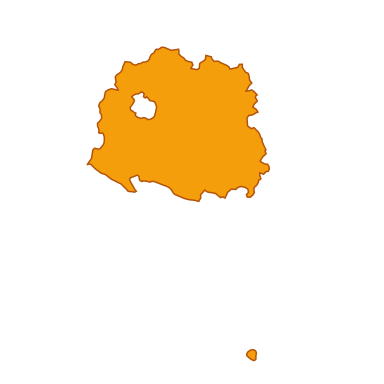 the border of North Gyeongsang, rotated 110°
{"feature_id": "KOR-2509", "entity_name": "North Gyeongsang", "entity_type": "Metropolitan City", "adm_level": 1, "iso_a3": "KOR", "parent_name": "South Korea", "parent_adm1": "", "projection": "equal_earth", "projection_center": [128.783, 36.538], "detail": "fine", "context": "isolated", "style": "filled", "palette": "amber", "viewbox_px": 384, "rotation_deg": 110, "n_neighbors": 0, "source": "natural_earth", "source_scale": "10m", "svg_char_len": 3848}
<svg xmlns="http://www.w3.org/2000/svg" viewBox="0 0 384 384"><g transform="rotate(110 192 192)"><path d="M198.5,182.4L198.5,182.6L199.0,187.2L200.2,192.0L200.7,196.8L200.2,206.7L199.6,208.8L196.9,212.3L195.9,214.3L195.4,216.6L195.1,230.7L195.4,232.6L195.9,233.7L196.5,234.1L197.0,234.7L197.5,238.7L198.2,241.7L198.9,242.2L199.3,242.9L199.0,244.7L198.3,245.7L197.4,246.2L196.5,246.5L195.1,247.8L195.0,249.4L196.8,251.3L198.2,252.9L199.6,254.7L201.4,255.0L203.6,253.1L209.2,246.6L210.3,244.6L211.8,245.9L212.1,247.9L212.7,250.0L213.2,252.3L211.8,254.6L208.7,261.4L208.4,264.4L207.5,272.4L205.2,279.4L205.4,283.7L203.1,291.3L201.3,294.9L200.6,296.8L201.3,298.9L202.0,299.7L201.9,299.8L194.9,297.9L186.7,299.5L185.2,299.1L184.1,298.3L183.9,296.7L183.9,294.9L183.1,293.5L179.9,292.1L176.9,291.4L173.9,291.9L170.1,293.3L167.2,295.8L167.7,297.4L168.5,298.9L168.0,300.1L166.6,300.1L164.3,301.5L162.2,303.4L159.7,304.3L157.1,303.0L153.7,302.1L150.5,303.5L149.5,304.9L148.3,306.0L147.0,306.2L145.7,306.7L142.9,309.2L139.6,309.1L136.8,307.5L133.9,306.6L130.6,307.2L127.4,307.6L124.6,305.7L122.4,302.8L121.7,296.3L119.6,298.0L117.5,301.3L115.0,300.8L110.3,303.4L107.8,302.9L105.5,301.1L103.1,299.8L100.6,299.4L97.9,299.8L92.5,299.5L91.1,294.1L92.2,291.5L92.2,288.7L91.0,287.2L89.7,286.3L89.4,285.3L88.9,284.2L86.9,282.7L85.8,280.3L84.1,278.4L81.8,277.5L79.3,277.6L76.8,277.3L75.4,276.3L74.2,275.3L71.5,275.0L70.8,274.8L70.1,274.4L69.7,273.5L69.7,272.6L68.9,271.8L68.0,271.2L66.3,270.0L65.6,267.4L66.0,260.0L62.4,253.4L64.6,252.3L66.8,251.5L68.2,248.6L68.9,245.6L69.6,244.3L70.4,243.2L70.6,241.3L70.6,239.7L70.1,236.6L72.3,234.6L74.4,235.0L76.3,235.2L75.3,229.1L73.3,227.5L68.8,228.7L67.1,227.8L64.6,225.6L62.5,224.8L58.9,225.7L58.4,220.2L60.4,218.4L61.7,215.7L60.7,213.9L60.1,211.8L60.7,209.1L61.1,202.7L61.9,200.0L63.5,198.4L59.3,191.7L55.8,191.1L54.8,188.4L56.1,187.8L57.4,187.6L58.7,186.1L60.7,183.3L61.2,182.1L61.2,181.0L61.4,179.6L64.1,177.7L67.2,176.1L69.1,173.1L72.5,174.6L78.7,175.7L77.4,173.1L75.7,170.8L76.3,168.4L77.5,165.9L78.5,164.0L79.9,164.9L81.7,164.8L83.1,162.7L84.6,161.7L86.0,162.7L88.7,163.7L91.3,163.9L91.9,162.0L92.3,160.2L93.3,158.6L94.4,157.4L95.5,158.8L97.0,159.9L99.1,161.8L100.4,164.6L103.5,165.7L110.9,162.4L112.2,157.9L111.0,156.7L110.4,155.6L111.5,153.4L112.4,151.2L114.4,148.3L117.1,146.3L117.8,144.8L118.9,143.9L120.8,143.3L122.2,141.8L124.4,139.8L126.5,137.5L127.3,136.9L128.4,137.4L129.6,136.6L130.6,135.4L132.9,136.6L135.0,137.6L137.7,138.2L139.9,138.4L140.4,135.9L140.7,133.3L140.1,130.4L141.7,128.4L144.1,127.2L146.5,127.4L147.7,129.7L149.4,130.1L150.9,130.9L150.7,132.9L150.9,134.9L153.5,133.8L156.0,131.8L157.1,132.2L157.8,133.3L158.8,133.4L160.0,132.9L163.4,133.5L166.6,135.1L168.9,134.5L171.3,133.2L174.3,133.9L177.1,135.6L177.9,138.3L175.8,140.0L173.3,138.9L171.6,139.5L170.1,140.7L169.5,143.6L169.9,147.4L171.7,150.3L174.6,151.7L175.3,154.2L176.1,156.3L178.1,157.2L180.0,158.4L186.4,158.9L186.1,161.5L186.8,162.3L187.5,163.1L186.6,166.0L185.4,169.1L185.7,172.4L186.4,175.3L186.7,177.8L185.8,180.6L191.8,183.0L194.7,181.7L197.6,182.4L198.5,182.4ZM138.6,271.9L140.0,270.4L140.4,268.5L140.4,266.6L140.2,264.7L139.3,263.8L138.5,262.7L138.5,259.7L138.9,259.0L139.0,258.0L137.9,255.9L134.3,253.2L129.7,253.5L124.1,254.3L119.9,258.0L120.5,263.3L118.9,265.1L118.0,267.4L118.8,267.5L119.6,267.8L119.4,269.0L119.1,270.1L117.6,270.4L116.3,270.4L115.1,272.2L115.6,274.4L117.0,274.9L118.3,276.3L119.3,278.5L120.9,279.8L122.0,280.6L122.8,281.3L123.5,280.7L124.7,278.3L126.0,277.3L128.8,277.6L133.9,279.0L135.9,277.7L136.2,276.6L136.2,275.9L137.0,273.5L137.1,272.5L137.1,271.8L137.9,271.7L138.6,271.9ZM327.6,74.8L329.2,76.0L329.1,78.9L328.1,82.2L327.1,84.4L325.5,85.2L323.2,84.8L321.1,83.4L319.6,81.6L319.1,79.3L319.9,77.5L321.4,76.4L324.5,75.8L326.6,75.0L327.6,74.8Z" fill="#f59e0b" stroke="#b45309" stroke-width="1.5"/></g></svg>